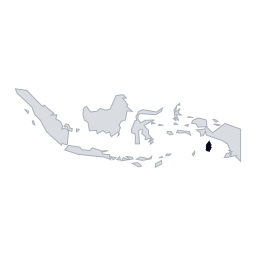 location of Kepulauan Aru, Maluku, Indonesia
{"feature_id": "22746128B17511076551422", "entity_name": "Kepulauan Aru", "entity_type": "district", "adm_level": 2, "iso_a3": "IDN", "parent_name": "Indonesia", "parent_adm1": "Maluku", "projection": "mercator", "projection_center": [134.564, -6.213], "detail": "fine", "context": "in_parent", "style": "filled", "palette": "ink", "viewbox_px": 256, "rotation_deg": 0, "n_neighbors": 0, "source": "geoboundaries", "source_scale": "gbopen_adm2", "svg_char_len": 7899}
<svg xmlns="http://www.w3.org/2000/svg" viewBox="0 0 256 256"><path d="M86.3,106.2L90.6,112.0L97.0,111.2L100.3,108.5L105.9,110.1L110.3,109.0L116.1,95.5L123.1,94.8L126.4,98.0L122.8,98.3L127.8,104.8L126.5,106.2L132.3,111.4L127.1,110.8L125.3,120.0L121.3,121.3L119.0,125.0L120.4,127.5L118.9,131.6L111.2,136.7L109.5,132.1L106.3,133.2L103.0,130.6L97.3,133.7L96.4,130.4L89.4,130.8L88.0,122.5L84.5,120.2L82.9,114.4L83.6,108.8L86.3,106.2ZM15.4,88.8L26.8,90.5L41.4,105.4L43.2,106.6L44.0,105.1L53.8,113.3L51.4,115.1L56.9,114.8L55.8,119.0L60.3,121.3L62.7,126.5L61.8,129.0L65.4,127.9L68.6,131.5L67.2,144.9L61.7,143.4L61.5,145.3L46.6,131.8L40.4,120.3L34.7,114.5L31.9,107.0L17.1,93.2L15.4,88.8ZM240.6,129.1L240.6,161.3L235.8,156.7L236.4,155.3L230.4,156.9L231.3,153.7L229.7,152.0L230.2,151.8L231.2,151.9L231.8,151.7L228.9,150.4L230.2,150.1L227.7,144.2L222.4,140.6L206.2,135.0L205.5,131.2L203.3,135.4L200.9,136.2L200.1,132.4L196.3,129.9L204.8,129.1L205.9,126.6L198.0,127.2L196.1,123.9L191.5,123.2L192.8,120.4L198.4,117.9L206.2,119.9L207.2,127.6L212.5,132.8L225.0,123.5L240.6,129.1ZM161.4,111.3L155.8,114.7L140.2,113.6L138.3,114.9L137.7,118.9L140.6,122.9L145.1,120.3L154.3,120.0L144.0,125.4L148.6,130.5L148.4,134.0L151.5,137.8L145.2,139.7L145.3,136.4L141.7,133.5L142.5,129.8L140.6,129.3L138.6,130.7L139.5,143.8L135.2,143.9L135.5,136.1L134.7,133.5L131.8,132.9L131.4,129.6L134.9,120.7L136.6,120.4L136.0,116.6L138.7,111.4L142.7,109.7L156.7,112.0L162.5,107.9L161.4,111.3ZM68.8,145.4L79.9,147.2L81.6,149.7L90.2,150.5L92.2,147.9L100.6,150.4L102.9,154.0L109.8,154.7L109.7,157.7L110.7,159.6L104.1,157.1L77.8,154.3L64.7,149.9L68.8,145.4ZM175.4,112.0L180.1,108.5L178.0,112.6L181.2,115.1L176.2,114.7L178.8,120.6L175.2,117.4L173.9,110.6L176.9,105.4L175.4,112.0ZM177.7,130.3L189.4,131.6L190.6,135.2L185.8,132.6L179.3,133.2L177.4,131.8L176.3,133.4L177.7,130.3ZM151.1,158.8L142.4,160.4L136.4,159.2L140.4,156.9L148.8,158.8L151.7,156.2L151.1,158.8ZM126.3,156.5L132.1,157.2L133.1,159.0L121.5,160.7L123.4,157.5L127.3,159.3L128.7,158.7L126.3,156.5ZM161.6,160.4L161.8,164.0L155.3,167.2L155.6,163.8L161.6,160.4ZM68.6,124.4L70.2,128.3L72.4,128.9L71.7,131.3L68.4,130.1L67.4,126.9L64.1,126.3L65.7,124.0L68.6,124.4ZM228.6,157.1L224.3,157.6L226.4,153.6L229.8,152.7L230.9,154.2L228.6,157.1ZM137.4,162.6L140.1,164.3L141.3,166.2L138.6,166.9L132.2,163.3L137.4,162.6ZM171.1,131.4L172.9,134.1L170.3,135.0L167.2,133.1L167.3,131.5L171.1,131.4ZM110.1,156.5L116.2,157.7L113.4,159.9L110.1,156.5ZM119.6,156.7L120.5,160.1L116.9,159.6L119.6,156.7ZM79.3,129.5L76.4,132.0L76.6,128.8L79.3,129.5ZM209.1,143.0L209.8,147.3L208.5,147.5L207.3,144.3L209.1,143.0ZM108.2,150.6L103.5,151.9L101.5,151.1L108.2,150.6ZM153.0,138.6L153.0,142.5L150.4,144.1L151.4,139.0L153.0,138.6ZM24.5,109.2L28.7,111.4L28.1,113.4L24.5,109.2ZM34.7,125.0L33.1,124.1L32.3,121.0L33.6,120.9L34.7,125.0ZM193.1,155.7L192.2,154.2L194.7,151.3L194.6,153.9L193.1,155.7ZM188.4,116.6L193.2,117.6L187.8,117.2L188.4,116.6ZM159.1,124.4L163.5,125.4L158.7,125.4L159.1,124.4ZM150.9,140.5L148.6,142.4L150.7,139.0L150.9,140.5ZM213.1,119.4L215.6,119.8L218.0,121.6L215.7,122.0L213.1,119.4ZM170.8,154.1L169.2,155.5L165.9,155.6L166.8,154.0L170.8,154.1ZM208.9,148.0L207.9,150.0L206.7,149.9L206.9,146.7L208.9,148.0ZM177.5,124.4L174.6,124.7L173.8,124.0L175.0,122.8L177.5,124.4ZM213.5,124.0L217.1,124.3L220.5,125.1L217.3,125.5L213.5,124.0ZM151.7,122.0L154.6,123.3L151.6,124.0L151.7,122.0ZM179.8,105.2L177.8,104.9L179.7,103.4L179.8,105.2ZM158.9,157.8L162.2,156.6L162.6,157.3L158.9,157.8ZM188.3,124.5L187.8,126.3L185.3,125.4L186.6,124.9L188.3,124.5ZM119.2,134.7L117.9,135.9L119.0,132.2L119.2,134.7ZM174.6,117.8L176.2,120.2L175.6,120.5L173.3,118.7L174.6,117.8Z" fill="#d9dde1" stroke="#a8b0b8" stroke-width="1"/><path d="M206.9,146.6L206.8,146.8L207.1,146.9L206.8,146.8L206.9,147.3L207.1,147.3L206.9,147.7L207.0,147.6L206.9,147.7L206.9,147.9L207.0,148.1L207.3,147.9L207.2,148.1L207.4,148.0L207.5,148.3L207.4,148.8L207.5,148.8L207.6,149.0L207.8,149.1L207.7,149.1L207.4,148.8L207.3,148.4L207.2,148.4L207.3,148.2L207.0,148.4L207.2,148.2L206.9,148.0L206.5,149.6L206.7,150.0L207.2,149.9L207.0,150.1L207.3,150.5L208.1,149.8L207.9,149.8L208.5,149.2L208.3,149.1L208.5,149.0L208.9,148.7L208.7,148.7L208.8,148.4L208.6,148.2L208.3,147.8L208.1,147.8L208.0,147.7L208.0,147.8L207.8,147.9L208.0,147.7L207.8,147.6L207.7,147.5L207.7,147.4L207.8,147.3L207.8,147.2L207.6,147.3L206.9,146.6ZM209.1,145.8L208.9,145.4L208.4,145.9L208.2,145.9L208.3,146.0L208.5,146.1L207.8,145.9L207.6,146.4L207.7,146.5L207.8,146.6L208.0,146.9L208.3,147.1L208.6,147.1L208.9,147.4L209.0,147.2L209.0,147.5L209.4,147.6L209.9,147.3L210.1,146.6L209.7,146.8L209.6,146.7L210.1,146.3L209.9,145.9L209.7,146.1L209.8,145.9L209.5,145.6L209.4,145.9L209.5,145.5L209.1,145.8ZM208.5,144.8L208.1,144.8L207.8,145.3L207.9,145.5L207.8,145.9L208.4,145.9L208.6,145.6L208.9,145.4L209.2,145.5L209.3,145.3L209.4,145.2L209.8,144.9L209.7,144.8L209.7,144.7L209.5,144.4L209.5,144.5L209.4,144.4L209.0,144.1L208.9,144.0L208.9,143.9L208.9,143.7L208.7,143.6L208.0,144.4L207.5,144.1L207.3,144.4L207.9,144.6L207.9,144.8L208.5,144.8ZM207.0,145.8L206.9,146.3L207.0,146.5L207.3,146.4L207.1,146.7L207.3,146.7L207.7,147.2L207.8,147.2L208.1,147.4L208.5,147.1L208.2,147.1L208.0,146.9L207.7,146.6L207.4,146.4L207.7,146.1L207.0,145.8ZM209.1,143.7L209.0,144.1L209.3,144.4L209.5,144.4L209.8,144.5L210.1,144.2L210.0,143.9L209.9,144.0L209.7,143.7L209.6,143.8L209.5,143.7L209.4,143.8L209.4,143.7L209.2,143.7L209.1,143.7ZM208.9,143.3L208.8,143.6L209.7,143.7L209.8,143.4L209.2,142.9L209.0,143.1L208.7,142.9L208.7,143.3L208.8,143.2L208.9,143.3L208.9,143.2L208.9,143.3ZM208.5,147.2L208.1,147.4L208.1,147.5L208.1,147.8L208.3,147.8L208.6,148.0L208.9,147.5L208.5,147.2ZM209.9,148.8L209.7,148.7L209.4,149.3L209.5,149.7L209.9,149.3L209.9,148.8ZM209.3,147.8L208.9,147.5L208.7,148.2L208.8,148.4L208.9,148.2L209.0,148.2L209.3,147.8ZM210.6,147.3L210.2,147.7L210.4,148.2L210.8,147.4L210.6,147.2L210.6,147.3L210.5,147.5L210.5,147.4L210.6,147.3ZM210.0,145.1L209.6,145.0L209.5,145.3L209.4,145.4L209.9,145.7L209.8,145.3L210.1,145.2L210.0,145.1ZM210.0,148.4L209.7,148.0L209.4,148.2L209.6,148.6L210.0,148.4ZM209.8,144.6L209.5,144.5L209.9,144.9L209.9,144.5L209.8,144.6ZM207.3,144.6L207.2,144.9L207.5,144.9L207.5,144.7L207.3,144.6ZM209.0,142.9L209.0,142.5L208.8,142.8L209.0,142.9ZM207.9,143.9L207.8,143.6L207.5,144.0L207.9,143.9ZM210.4,148.2L210.1,148.3L210.1,148.5L210.3,148.6L210.4,148.2ZM209.2,148.1L208.9,148.2L208.9,148.3L209.2,148.1ZM209.2,148.4L209.4,148.0L209.1,148.3L209.2,148.4ZM209.4,145.3L209.4,145.2L209.2,145.5L209.3,145.5L209.4,145.3ZM207.5,143.6L207.7,143.3L207.5,143.6ZM208.9,149.5L208.7,149.4L208.6,149.6L208.9,149.5ZM210.3,147.5L210.3,147.3L210.2,147.5L210.3,147.5ZM209.9,147.9L210.0,147.9L210.0,147.6L209.9,147.9ZM208.9,151.1L208.6,151.2L208.9,151.2L208.9,151.1ZM209.3,150.3L209.5,150.0L209.2,150.2L209.3,150.3ZM207.7,147.5L207.9,147.4L207.7,147.5ZM209.1,148.5L209.1,148.3L209.0,148.5L209.1,148.5ZM208.8,149.3L208.8,149.1L208.7,149.3L208.8,149.3ZM210.1,148.8L210.2,149.0L210.2,148.9L210.1,148.8ZM209.3,142.7L209.1,142.6L209.1,142.8L209.3,142.7ZM210.1,147.8L210.1,147.6L210.1,147.8ZM210.3,144.5L210.2,144.5L210.3,144.5ZM208.9,150.5L208.7,150.4L208.7,150.5L208.9,150.5ZM207.9,147.3L207.8,147.2L207.9,147.4L207.9,147.3ZM210.0,150.1L209.7,150.1L209.8,150.1L210.0,150.1L210.0,150.1ZM209.9,148.6L209.7,148.6L209.9,148.6ZM209.2,148.8L209.3,148.9L209.2,148.8ZM210.6,146.9L210.5,146.7L210.5,146.9L210.6,146.9ZM209.3,142.9L209.2,142.8L209.3,142.9ZM207.7,146.5L207.6,146.4L207.7,146.5L207.7,146.5ZM208.0,147.5L208.0,147.4L208.0,147.5ZM208.7,149.3L208.7,149.2L208.7,149.3ZM209.3,145.5L209.4,145.4L209.3,145.5ZM210.3,145.2L210.1,145.2L210.2,145.3L210.3,145.2ZM208.9,147.4L209.0,147.3L208.9,147.4ZM209.8,143.7L209.7,143.6L209.8,143.7ZM210.0,144.8L210.0,144.7L209.9,144.8L210.0,144.8ZM210.2,144.7L210.2,144.8L210.2,144.7ZM208.8,143.4L208.7,143.4L208.8,143.4L208.8,143.4Z" fill="#0f172a" stroke="#020617" stroke-width="1.5"/></svg>